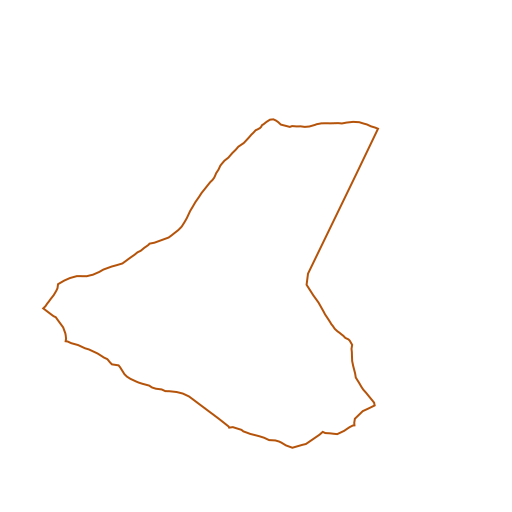 the district of Idanre, Ondo, Nigeria, rotated 295°
{"feature_id": "59680162B2298430697284", "entity_name": "Idanre", "entity_type": "district", "adm_level": 2, "iso_a3": "NGA", "parent_name": "Nigeria", "parent_adm1": "Ondo", "projection": "mercator", "projection_center": [5.189, 6.977], "detail": "fine", "context": "isolated", "style": "outline", "palette": "amber", "viewbox_px": 512, "rotation_deg": 295, "n_neighbors": 0, "source": "geoboundaries", "source_scale": "gbopen_adm2", "svg_char_len": 2759}
<svg xmlns="http://www.w3.org/2000/svg" viewBox="0 0 512 512"><g transform="rotate(295 256 256)"><path d="M89.1,304.2L91.1,307.3L91.7,311.8L92.3,316.3L91.7,318.6L92.1,323.0L92.3,325.9L93.5,332.1L94.1,335.5L94.7,340.1L94.7,345.7L97.0,351.4L97.6,355.3L97.6,357.6L97.6,357.8L97.0,363.2L97.6,370.0L104.5,377.9L106.7,380.7L120.9,389.1L124.8,390.8L124.8,393.6L126.6,398.1L127.7,401.5L128.9,404.9L134.8,409.8L137.7,411.5L140.5,413.2L143.3,415.4L144.1,416.8L146.4,415.5L150.3,414.4L160.5,418.3L163.1,420.5L164.5,421.7L170.7,426.7L173.0,425.0L176.3,418.2L178.5,413.7L180.2,409.7L181.9,406.9L184.7,402.9L188.0,397.8L191.4,395.5L197.6,390.4L201.5,387.5L206.0,385.2L209.4,383.5L212.2,381.8L216.1,380.7L218.9,376.7L219.5,375.0L219.5,371.6L220.6,368.8L221.1,366.5L221.7,364.2L222.2,361.5L223.3,358.1L225.0,355.3L226.1,353.0L227.3,351.3L229.5,347.8L232.3,343.2L234.0,341.0L240.1,332.5L240.8,331.3L244.6,324.5L251.3,314.0L262.0,310.6L361.8,312.1L375.9,312.3L422.9,312.8L422.7,309.4L422.1,305.4L422.1,303.6L422.1,300.9L421.5,297.5L420.9,293.0L418.6,287.3L415.2,281.7L412.4,277.8L411.2,274.4L407.8,267.6L405.5,262.5L403.8,259.1L401.0,255.2L399.8,254.1L395.9,249.6L393.6,245.6L392.4,241.7L390.7,238.3L389.0,233.8L387.3,232.1L385.6,223.0L386.7,219.6L387.2,216.8L387.2,214.0L385.5,211.1L382.1,208.9L378.7,207.2L377.0,206.1L375.3,206.1L373.6,205.5L371.4,203.9L369.8,202.5L366.8,201.6L364.0,200.5L360.1,199.4L353.3,197.2L347.6,193.8L343.7,192.7L339.2,191.0L333.5,189.4L329.0,187.1L325.0,186.0L322.8,185.5L321.1,185.5L318.4,185.5L314.3,184.9L311.5,185.0L309.2,185.0L306.4,184.4L303.6,183.3L299.1,182.2L294.5,181.1L290.0,180.0L285.5,179.4L279.3,178.3L273.7,177.8L269.1,177.3L266.9,177.3L261.3,177.3L258.6,177.1L255.6,176.8L251.1,176.2L246.6,174.6L242.1,172.3L238.7,170.6L235.8,169.0L232.4,165.6L229.0,162.2L225.1,158.3L222.2,154.3L220.5,153.8L217.2,151.9L216.6,151.5L212.0,149.3L209.2,147.0L205.8,145.4L201.9,143.1L199.4,141.7L196.8,140.3L192.8,138.1L188.8,133.6L185.4,129.6L182.6,126.8L179.2,123.4L175.2,120.6L173.2,118.8L170.1,116.1L168.4,113.9L166.1,111.1L162.1,102.2L157.4,96.7L152.7,92.6L146.8,88.5L142.9,89.7L140.1,89.7L135.0,89.2L129.9,88.0L127.1,87.5L124.8,86.9L121.5,86.4L118.6,85.3L117.5,90.4L116.4,95.5L115.9,98.0L115.9,100.4L114.2,103.4L112.0,107.4L109.8,111.4L105.3,115.9L103.6,117.1L100.8,118.8L98.3,119.5L98.9,121.4L98.9,125.3L100.1,132.4L100.1,135.5L100.1,140.0L100.7,144.0L100.7,147.4L100.7,153.6L100.1,158.3L99.7,161.0L99.7,164.9L98.0,168.4L96.9,171.2L98.8,177.7L97.7,179.9L95.5,183.3L93.3,186.7L92.1,190.1L91.6,194.1L91.6,196.4L91.6,199.2L91.6,200.9L91.7,203.2L92.2,207.1L93.4,213.9L92.9,217.3L93.4,221.3L95.2,226.9L95.2,230.9L96.9,234.8L99.2,241.6L100.4,247.8L100.4,254.6L92.7,291.4L89.9,303.3L89.1,304.2Z" fill="none" stroke="#b45309" stroke-width="2"/></g></svg>